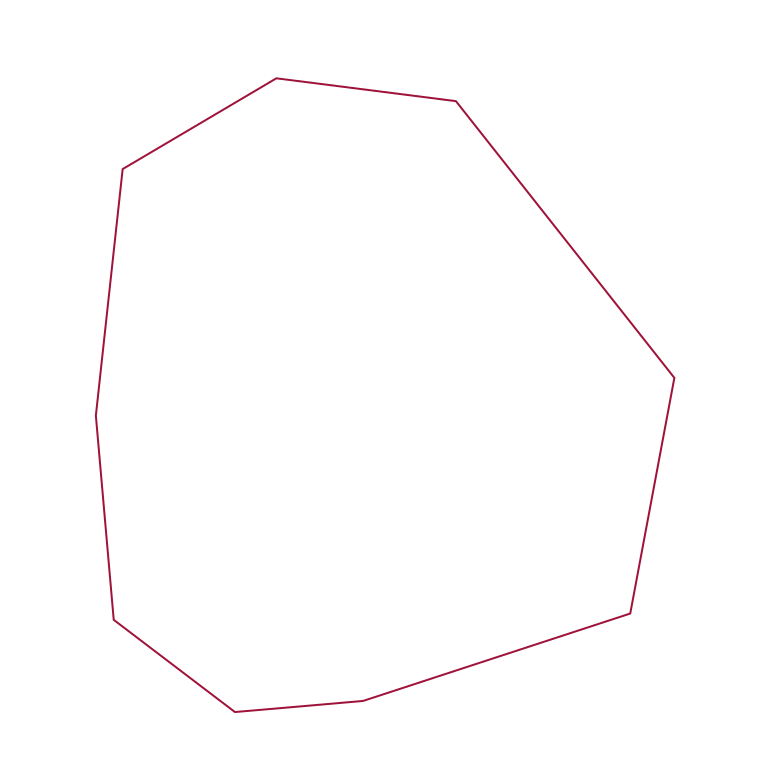 SVG path tracing the border of Leicester, rotated 265°
{"feature_id": "GBR-2761", "entity_name": "Leicester", "entity_type": "Unitary Authority", "adm_level": 1, "iso_a3": "GBR", "parent_name": "United Kingdom", "parent_adm1": "", "projection": "equal_earth", "projection_center": [-1.124, 52.611], "detail": "fine", "context": "isolated", "style": "outline", "palette": "rose", "viewbox_px": 768, "rotation_deg": 265, "n_neighbors": 0, "source": "natural_earth", "source_scale": "10m", "svg_char_len": 281}
<svg xmlns="http://www.w3.org/2000/svg" viewBox="0 0 768 768"><g transform="rotate(265 384 384)"><path d="M377.6,94.2L620.9,142.4L697.9,303.4L659.5,480.3L364.8,673.8L133.9,609.3L70.1,335.5L70.2,206.9L172.6,94.2L377.6,94.2Z" fill="none" stroke="#9f1239" stroke-width="2"/></g></svg>